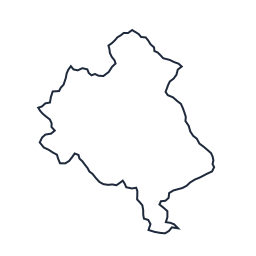 outline of Bicas, Minas Gerais, Brazil, rotated 101°
{"feature_id": "56859067B9449186447624", "entity_name": "Bicas", "entity_type": "district", "adm_level": 2, "iso_a3": "BRA", "parent_name": "Brazil", "parent_adm1": "Minas Gerais", "projection": "orthographic", "projection_center": [-43.101, -21.732], "detail": "fine", "context": "isolated", "style": "outline", "palette": "slate", "viewbox_px": 256, "rotation_deg": 101, "n_neighbors": 0, "source": "geoboundaries", "source_scale": "gbopen_adm2", "svg_char_len": 1941}
<svg xmlns="http://www.w3.org/2000/svg" viewBox="0 0 256 256"><g transform="rotate(101 128 128)"><path d="M216.9,59.7L213.7,64.4L213.0,68.4L213.2,72.9L208.0,72.3L202.1,73.5L199.4,78.0L197.1,82.5L193.6,81.7L192.3,77.4L188.9,74.8L184.0,75.2L180.6,71.5L178.7,67.6L176.5,63.1L173.6,59.5L169.6,56.6L165.8,52.5L163.2,48.5L160.5,45.0L157.8,41.7L154.6,37.2L150.0,36.0L147.3,38.1L143.5,38.0L139.9,39.5L136.8,41.7L134.3,46.0L132.1,49.9L129.7,54.9L125.3,58.5L123.3,62.5L119.5,66.2L114.2,68.9L110.3,72.9L106.0,73.4L102.0,75.6L98.0,78.0L94.2,80.7L92.4,84.4L89.3,89.7L88.2,95.2L85.4,98.0L81.8,97.4L78.0,96.8L74.3,95.8L70.9,92.7L66.5,90.6L61.2,90.3L57.4,87.0L55.2,90.7L54.5,95.2L53.2,100.1L52.8,106.8L50.4,110.0L48.2,113.3L47.4,116.8L43.9,117.8L41.5,121.9L38.2,124.9L35.7,127.9L36.2,132.5L33.8,135.4L32.4,139.0L31.1,142.7L34.8,146.1L35.5,150.3L38.5,152.9L41.0,155.7L44.4,157.6L47.8,160.0L50.8,162.9L54.1,161.3L57.8,160.1L61.2,157.6L64.1,154.2L67.1,152.5L70.9,155.3L76.7,157.6L81.7,162.1L82.3,167.0L81.3,170.7L83.2,173.9L81.5,177.0L78.2,179.1L78.0,184.2L81.0,188.4L80.9,192.7L78.2,195.9L82.4,197.8L86.0,198.6L90.8,198.6L97.7,199.5L101.3,201.7L104.9,202.7L106.5,208.9L112.4,209.6L117.9,209.5L119.6,213.9L123.3,216.6L125.2,220.0L128.1,217.3L130.3,214.4L132.3,210.8L134.5,206.4L137.9,203.9L141.6,203.3L144.5,199.4L148.2,202.4L150.2,207.8L153.7,210.5L159.0,211.9L163.2,206.9L164.5,201.7L166.3,197.4L167.8,192.6L171.2,190.9L175.6,188.0L174.7,182.9L171.6,179.5L167.1,177.2L163.2,175.5L163.9,171.5L167.3,169.8L169.4,166.4L172.1,163.5L175.0,160.1L178.1,157.6L179.8,154.1L183.2,150.1L186.4,145.8L187.8,141.5L187.6,136.6L186.4,132.7L186.4,128.5L183.8,125.9L180.7,123.1L183.2,120.7L186.5,118.4L186.6,112.6L185.1,108.6L188.1,106.8L192.6,106.0L196.4,105.4L198.6,102.3L201.1,99.2L205.7,97.4L210.2,96.5L213.9,95.1L214.4,90.6L218.0,87.6L224.2,88.4L224.9,81.9L224.8,76.2L224.3,71.5L221.3,68.2L217.2,66.0L216.9,59.7Z" fill="none" stroke="#1e293b" stroke-width="2"/></g></svg>